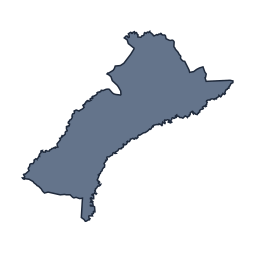 outline of Nova Alvorada do Sul, Mato Grosso do Sul, Brazil, rotated 99°
{"feature_id": "56859067B14433978209607", "entity_name": "Nova Alvorada do Sul", "entity_type": "district", "adm_level": 2, "iso_a3": "BRA", "parent_name": "Brazil", "parent_adm1": "Mato Grosso do Sul", "projection": "robinson", "projection_center": [-54.18, -21.459], "detail": "fine", "context": "isolated", "style": "filled", "palette": "slate", "viewbox_px": 256, "rotation_deg": 99, "n_neighbors": 0, "source": "geoboundaries", "source_scale": "gbopen_adm2", "svg_char_len": 5866}
<svg xmlns="http://www.w3.org/2000/svg" viewBox="0 0 256 256"><g transform="rotate(99 128 128)"><path d="M193.8,224.5L194.3,224.1L194.9,222.6L194.2,221.6L194.1,217.7L195.8,213.2L196.8,212.4L198.2,209.8L199.1,208.8L199.6,207.1L201.7,204.2L203.7,202.5L205.3,200.3L203.8,196.9L204.6,184.5L203.5,180.3L203.6,178.6L203.0,174.7L205.1,171.8L205.5,170.5L204.6,168.4L205.3,164.6L204.4,162.0L223.7,160.1L225.3,157.0L226.8,155.6L226.5,154.6L224.7,152.4L224.7,151.7L223.4,151.4L223.3,152.2L222.8,152.5L221.5,152.9L220.8,152.7L220.4,149.3L218.6,150.2L217.9,148.8L216.1,149.1L215.5,148.5L216.2,148.1L216.0,147.5L211.1,148.7L210.3,150.6L209.7,150.4L207.1,151.3L206.2,151.1L205.8,151.8L206.5,151.8L207.0,152.3L207.0,153.4L205.5,152.9L204.0,153.4L203.8,154.1L203.0,154.1L202.6,153.1L203.6,152.1L203.2,150.8L200.4,151.3L199.9,151.7L200.0,152.5L199.7,153.2L199.0,152.8L199.2,152.1L198.1,151.2L197.7,149.8L197.5,150.5L196.8,150.7L195.5,150.3L195.1,151.0L193.7,150.4L193.1,150.6L192.1,149.6L190.2,148.8L189.8,147.4L188.8,146.4L187.9,146.1L188.1,146.7L187.4,148.5L186.5,148.5L185.9,147.6L185.3,148.2L185.3,149.1L184.4,149.6L184.1,150.3L180.6,149.3L179.0,149.9L179.0,149.0L177.7,149.1L177.3,148.2L175.5,148.0L174.3,146.9L172.9,146.9L170.8,145.8L170.4,145.1L168.1,145.2L167.0,146.1L166.0,145.8L164.5,144.7L163.4,145.0L163.2,144.1L162.5,143.6L161.7,143.6L161.0,144.3L160.1,144.3L159.7,143.7L159.4,142.0L157.7,140.4L157.5,139.6L156.9,139.1L155.3,139.1L154.6,138.5L155.2,137.0L154.9,136.0L154.5,136.9L153.8,136.8L152.1,134.5L150.2,133.8L149.8,133.4L149.7,131.7L149.4,131.2L148.7,131.4L147.9,129.9L146.3,129.5L145.3,130.2L144.6,130.1L145.1,128.3L144.4,127.1L142.5,126.4L141.7,126.9L141.1,126.3L141.5,125.0L141.0,124.4L139.4,123.8L138.7,123.9L138.1,122.5L137.6,122.0L137.5,121.2L138.0,120.6L138.0,119.7L137.0,119.5L136.6,118.7L137.1,117.8L135.6,116.7L134.7,117.1L133.6,116.6L133.0,116.0L133.3,115.3L130.3,111.9L129.9,110.4L128.0,108.2L125.6,106.5L125.9,105.9L125.4,105.2L122.7,104.2L123.1,103.8L122.8,103.2L121.7,103.4L121.3,103.1L120.2,100.6L119.8,98.2L119.0,98.0L119.5,96.3L120.3,94.9L119.6,94.5L118.9,95.0L116.7,94.6L117.8,92.8L117.8,92.2L117.1,92.1L115.0,93.2L114.3,92.9L114.4,91.7L113.6,90.1L113.8,88.5L114.5,88.2L114.5,88.9L115.9,89.2L116.3,86.8L115.4,85.7L114.4,87.2L112.8,86.2L111.5,86.1L111.0,85.8L110.9,85.1L111.4,84.2L111.0,83.4L110.3,83.0L110.0,81.9L109.4,81.8L109.3,82.6L108.8,83.1L107.4,81.9L108.5,81.4L108.6,79.7L109.6,78.4L109.3,77.0L109.7,75.3L107.2,73.4L107.7,71.5L108.3,71.0L107.6,70.7L106.2,69.1L105.5,69.5L104.7,68.7L103.2,68.8L101.8,67.6L101.4,66.7L102.2,66.0L102.9,66.5L104.0,65.4L102.9,64.5L103.8,63.2L103.9,61.7L102.7,61.3L102.4,60.7L101.6,60.7L100.9,59.6L99.6,60.0L98.1,58.7L97.6,57.1L96.9,56.7L95.8,57.7L94.7,56.5L94.3,55.7L94.9,55.1L94.3,54.2L93.7,54.9L93.0,54.7L92.7,54.0L90.9,54.1L90.2,53.8L89.4,54.7L88.7,54.6L87.8,53.2L87.6,51.3L86.9,51.2L86.1,49.7L86.0,48.3L86.4,47.4L85.7,47.2L85.3,46.4L85.7,45.6L85.3,45.1L84.4,45.3L83.0,43.5L81.5,43.3L82.8,41.5L82.3,40.9L80.9,40.7L80.5,40.1L79.0,39.6L79.8,38.2L79.2,37.5L78.5,37.3L78.0,37.9L75.3,37.4L74.2,36.0L73.4,35.9L72.8,34.5L71.2,34.7L70.7,34.1L68.1,33.3L66.8,31.5L65.1,31.7L64.9,34.6L69.7,58.1L66.3,59.8L65.7,59.3L62.4,59.2L60.7,60.9L55.9,63.5L57.5,66.8L59.5,69.5L62.0,71.9L63.4,75.8L61.0,76.9L53.3,82.4L53.3,83.9L53.0,84.7L51.4,86.7L50.8,87.1L49.0,87.1L48.5,87.4L47.5,88.8L45.3,90.5L42.8,93.5L41.3,94.5L40.6,95.4L35.8,95.9L35.1,96.4L34.4,97.4L34.3,98.2L34.9,99.7L34.9,100.8L33.9,104.3L31.0,105.5L30.4,106.3L30.7,108.2L30.3,109.7L29.6,109.8L29.4,110.4L30.3,111.4L30.5,112.4L31.1,112.7L31.5,113.4L31.2,114.1L32.8,116.4L32.9,117.3L31.8,118.1L29.8,121.4L29.2,121.6L30.5,122.6L30.1,123.3L30.5,124.1L31.7,124.9L31.1,126.3L31.6,126.7L33.8,126.9L34.4,127.5L34.8,128.7L36.3,129.4L36.5,130.1L36.5,132.6L34.5,132.6L34.4,133.2L32.5,134.5L32.4,135.1L33.6,136.0L31.9,136.8L32.8,138.1L33.8,138.4L33.9,139.2L33.3,139.5L33.1,140.4L34.9,142.4L36.8,141.2L38.0,141.0L38.5,141.3L38.7,141.9L37.2,143.3L37.5,144.3L39.6,145.8L41.1,142.6L44.6,140.9L48.2,134.5L49.2,134.5L54.9,136.9L64.7,142.2L67.5,145.3L68.8,150.3L71.5,150.8L73.4,151.7L76.6,155.5L76.9,156.6L77.9,157.2L78.7,154.8L80.1,152.8L83.7,150.9L87.5,145.3L88.8,144.0L92.6,141.0L96.0,140.2L96.6,140.5L96.8,145.4L96.5,147.4L95.8,148.9L92.7,152.6L92.7,153.8L93.2,155.7L94.9,158.4L94.9,160.3L96.2,160.7L96.5,161.4L97.0,161.6L97.2,163.1L98.1,164.1L98.7,163.6L100.2,164.5L101.8,166.6L102.2,167.8L102.7,168.3L103.4,168.1L103.9,167.4L104.5,167.8L104.2,168.8L105.3,170.0L106.3,169.6L106.5,169.0L107.8,170.7L107.1,171.8L107.4,172.7L108.4,172.7L108.7,173.6L109.9,173.9L110.5,174.5L111.4,174.4L111.9,174.9L111.9,175.7L112.7,176.1L114.4,174.6L116.2,175.8L117.8,178.0L118.9,179.0L118.3,182.0L119.7,183.9L120.5,183.4L122.0,183.4L122.6,184.7L123.4,185.1L125.2,185.2L125.5,184.7L126.9,184.9L128.6,185.7L129.3,186.8L130.8,187.0L130.9,187.7L131.9,187.9L132.5,187.8L133.2,186.3L135.0,186.4L135.2,187.3L136.0,187.6L135.8,188.3L136.1,188.9L136.6,189.1L137.1,188.7L138.5,188.7L140.0,187.6L140.6,187.8L140.8,188.5L141.9,189.3L144.0,189.1L145.6,190.4L146.1,191.2L145.8,191.9L146.5,192.2L146.7,191.6L147.3,191.8L148.6,193.0L148.9,193.8L149.9,193.0L150.6,193.1L154.7,195.6L156.5,195.1L157.8,194.3L158.3,195.7L158.2,196.6L158.8,196.4L159.3,196.8L159.0,198.0L160.0,199.1L160.1,199.9L161.0,200.3L161.7,201.7L163.1,202.1L163.5,204.1L163.0,205.3L163.4,206.0L164.7,205.8L165.1,207.9L164.5,208.4L164.6,209.1L163.6,209.0L164.1,210.3L164.7,210.4L165.4,209.9L168.0,211.4L169.8,210.9L169.7,211.6L171.8,212.2L172.8,213.1L173.3,213.0L172.8,214.2L174.5,215.8L175.2,215.4L176.7,215.6L178.1,216.3L178.4,218.2L179.2,219.2L181.4,219.2L183.1,220.1L183.9,220.2L185.6,219.0L189.6,222.3L189.8,223.4L190.3,223.9L192.5,222.3L193.5,222.8L193.8,224.5ZM210.8,152.9L210.2,153.1L210.0,152.5L210.7,151.3L210.8,152.9ZM197.7,149.8L198.4,149.2L197.8,148.8L197.4,149.1L197.7,149.8Z" fill="#64748b" stroke="#1e293b" stroke-width="1.5"/></g></svg>